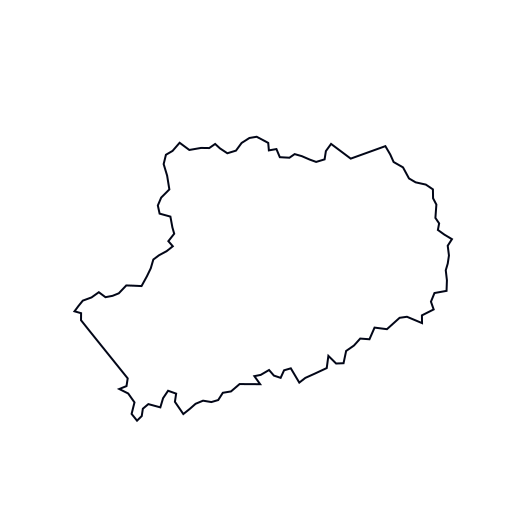 Lagoa de São Francisco, Piauí, Brazil (Albers equal-area conic projection), rotated 338°
{"feature_id": "56859067B87482275169203", "entity_name": "Lagoa de São Francisco", "entity_type": "district", "adm_level": 2, "iso_a3": "BRA", "parent_name": "Brazil", "parent_adm1": "Piauí", "projection": "albers", "projection_center": [-41.587, -4.356], "detail": "fine", "context": "isolated", "style": "outline", "palette": "ink", "viewbox_px": 512, "rotation_deg": 338, "n_neighbors": 0, "source": "geoboundaries", "source_scale": "gbopen_adm2", "svg_char_len": 1709}
<svg xmlns="http://www.w3.org/2000/svg" viewBox="0 0 512 512"><g transform="rotate(338 256 256)"><path d="M309.7,155.7L301.3,145.7L294.1,144.1L285.0,145.8L276.9,150.8L267.9,150.0L262.9,142.7L260.1,136.8L253.1,138.4L245.5,135.2L233.9,132.7L227.6,122.4L218.0,127.3L210.4,128.4L204.8,136.2L203.7,148.2L200.6,161.8L190.0,166.3L183.9,172.4L182.5,180.6L191.4,187.4L189.2,198.1L188.5,204.7L180.3,209.4L182.5,215.8L175.1,218.0L166.3,219.0L159.5,220.8L153.8,228.0L147.3,233.9L138.6,241.0L131.0,237.5L124.7,234.7L114.8,239.2L108.1,239.2L101.0,237.8L96.7,230.7L88.0,232.8L78.7,232.5L72.9,235.7L67.0,239.3L72.4,243.5L69.7,250.0L74.0,264.5L91.2,321.4L87.2,328.1L79.4,328.1L86.0,335.6L88.5,346.2L81.5,355.8L84.0,364.1L90.1,361.6L93.9,355.2L100.7,353.0L110.6,360.5L116.6,353.0L124.0,348.0L130.4,353.7L126.2,360.8L129.4,375.3L137.5,372.9L144.6,370.4L152.7,370.3L159.9,374.7L167.0,375.4L174.0,370.4L182.1,372.2L192.8,368.6L211.8,376.4L209.5,366.8L215.8,368.0L225.4,366.6L227.8,373.6L233.2,378.2L239.2,372.5L246.2,373.2L248.7,389.6L256.1,387.5L266.2,387.1L279.6,386.4L285.7,375.7L290.0,385.7L297.0,388.2L304.0,377.8L313.3,375.7L321.7,371.6L330.0,375.7L339.1,366.8L350.0,372.9L366.0,367.1L373.2,368.9L384.8,380.4L387.6,373.2L400.7,372.1L401.1,363.9L407.6,357.2L419.6,359.7L423.9,350.1L426.6,340.3L430.9,334.9L435.1,327.8L437.6,318.3L444.0,313.8L438.7,306.8L434.4,300.0L438.0,294.4L436.6,287.9L442.5,275.9L441.8,268.8L445.0,260.5L440.2,253.4L431.6,247.5L426.9,241.4L425.5,228.9L418.8,220.4L418.5,212.2L417.1,202.6L380.3,201.2L367.6,180.2L360.1,184.9L355.8,192.1L347.0,191.3L341.9,186.7L335.9,180.6L330.0,176.0L323.8,177.4L315.1,173.3L315.0,164.5L307.5,162.9L309.7,155.7Z" fill="none" stroke="#020617" stroke-width="2"/></g></svg>